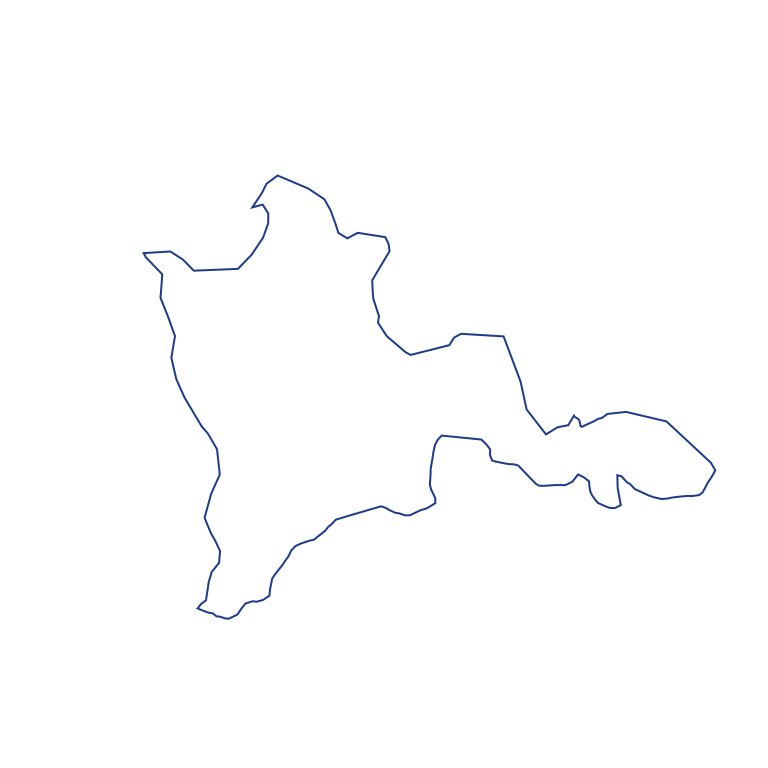 outline of Ukwa East, Abia, Nigeria, rotated 65°
{"feature_id": "59680162B72042998542035", "entity_name": "Ukwa East", "entity_type": "district", "adm_level": 2, "iso_a3": "NGA", "parent_name": "Nigeria", "parent_adm1": "Abia", "projection": "albers", "projection_center": [7.459, 4.962], "detail": "fine", "context": "isolated", "style": "outline", "palette": "blue", "viewbox_px": 768, "rotation_deg": 65, "n_neighbors": 0, "source": "geoboundaries", "source_scale": "gbopen_adm2", "svg_char_len": 2865}
<svg xmlns="http://www.w3.org/2000/svg" viewBox="0 0 768 768"><g transform="rotate(65 384 384)"><path d="M602.3,120.2L593.6,121.0L537.3,143.8L511.6,176.4L505.5,194.3L505.8,195.4L506.8,200.4L506.8,201.5L506.2,204.0L506.1,206.3L506.5,208.7L506.4,216.5L506.5,222.6L506.2,223.1L505.5,223.4L505.2,223.7L504.9,223.6L503.7,223.2L501.7,222.8L500.1,222.5L499.1,222.4L498.4,222.6L494.0,225.1L492.9,225.2L499.2,234.4L497.5,241.1L496.6,245.3L498.1,258.5L467.3,265.5L439.4,259.2L391.4,255.5L371.1,292.9L371.4,298.4L371.6,300.9L376.4,308.4L368.9,347.6L364.3,351.0L342.5,361.0L341.0,361.4L325.9,363.5L320.1,359.7L318.8,359.7L302.4,357.7L297.1,355.8L285.1,350.9L277.9,340.4L266.0,322.9L259.2,320.7L251.5,320.7L235.9,343.9L236.5,355.7L227.8,361.5L218.8,360.3L203.7,359.0L191.3,360.0L174.8,370.1L150.1,392.3L152.9,405.9L159.2,413.8L168.3,428.7L169.2,423.7L170.1,418.2L180.5,416.8L189.4,421.0L200.3,431.8L211.0,449.5L217.9,467.8L200.9,508.5L186.4,513.6L173.6,521.6L163.8,546.5L168.4,546.3L190.9,538.6L202.7,545.2L211.6,550.2L218.1,550.5L230.6,551.2L235.2,551.6L252.3,553.2L266.8,563.2L270.3,565.6L286.1,569.0L291.9,570.2L312.0,570.5L345.7,567.1L351.1,565.5L354.3,564.6L364.6,563.6L372.5,562.9L396.7,571.1L410.4,587.0L429.5,603.2L445.6,603.9L455.3,603.2L466.2,603.2L476.4,609.1L481.6,619.7L482.0,620.0L489.5,626.6L504.9,636.8L505.9,642.3L508.6,647.8L514.0,642.8L517.2,639.5L519.4,636.2L520.6,635.6L523.7,634.0L525.8,630.7L529.0,627.4L531.1,624.1L531.1,619.8L531.0,614.3L527.7,608.9L524.4,602.4L525.4,594.8L527.5,591.5L528.6,585.0L527.4,577.3L522.0,574.1L517.6,570.9L513.3,567.7L512.2,566.1L511.1,564.4L508.9,560.1L506.7,555.7L504.5,551.4L502.3,548.1L500.1,543.8L495.7,538.4L493.5,533.0L493.5,526.4L494.5,517.7L495.5,513.3L494.4,509.0L493.7,505.8L493.2,503.6L492.1,499.2L489.9,494.9L488.8,490.5L486.6,485.1L486.7,484.4L488.6,470.9L489.8,463.3L491.1,454.7L493.5,439.1L493.7,438.2L496.9,434.9L500.1,432.7L505.4,428.3L507.6,425.0L511.8,420.6L513.9,416.2L513.9,411.9L513.8,404.3L514.8,397.7L513.7,387.9L510.5,386.4L509.3,385.8L503.9,385.8L499.6,385.9L494.2,384.8L486.6,380.5L480.2,377.3L472.5,371.9L468.9,369.5L466.0,367.6L460.6,363.3L457.5,359.2L457.3,359.0L455.1,353.6L475.5,319.2L482.1,316.7L488.2,315.4L492.9,317.9L499.0,318.4L502.0,314.9L506.8,308.4L509.4,304.6L512.0,299.8L514.6,296.8L538.5,288.6L538.8,288.4L541.7,286.4L542.6,284.7L543.9,282.0L546.0,276.6L548.1,271.1L552.3,262.4L552.2,254.7L548.0,246.3L550.5,244.3L552.9,242.4L558.8,239.3L563.6,241.1L568.3,242.4L572.5,242.5L578.0,241.5L582.3,240.3L588.7,234.8L591.9,231.5L594.0,227.2L593.9,220.6L577.0,216.2L565.3,211.1L567.9,207.8L575.4,205.5L578.6,203.3L585.1,201.1L590.4,196.7L596.9,191.2L601.1,186.8L605.4,181.3L607.5,175.9L608.5,171.5L610.6,164.9L613.7,156.2L615.9,151.8L616.9,148.4L617.9,145.3L616.8,140.9L613.6,136.6L610.3,132.3L607.0,126.8L604.8,123.6L602.3,120.2Z" fill="none" stroke="#1e3a8a" stroke-width="2"/></g></svg>